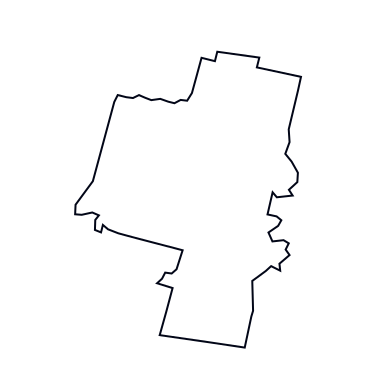 Coronel Pilar, Rio Grande do Sul, Brazil (Mercator projection), rotated 284°
{"feature_id": "56859067B30829214865889", "entity_name": "Coronel Pilar", "entity_type": "district", "adm_level": 2, "iso_a3": "BRA", "parent_name": "Brazil", "parent_adm1": "Rio Grande do Sul", "projection": "mercator", "projection_center": [-51.722, -29.258], "detail": "fine", "context": "isolated", "style": "outline", "palette": "ink", "viewbox_px": 384, "rotation_deg": 284, "n_neighbors": 0, "source": "geoboundaries", "source_scale": "gbopen_adm2", "svg_char_len": 1040}
<svg xmlns="http://www.w3.org/2000/svg" viewBox="0 0 384 384"><g transform="rotate(284 192 192)"><path d="M330.1,269.9L328.6,224.8L338.7,224.8L334.2,182.6L324.5,182.6L324.5,168.8L305.4,168.4L288.0,168.0L279.4,165.2L278.6,158.7L273.9,153.5L273.9,147.1L274.7,138.7L271.3,130.3L272.1,123.8L273.2,117.1L268.9,112.0L268.1,105.3L268.1,96.5L260.6,94.8L178.5,93.2L151.5,82.1L142.1,84.0L143.2,90.5L148.0,100.2L146.8,107.3L141.5,104.9L131.7,107.0L130.8,113.5L138.5,113.5L135.5,119.5L134.1,130.5L133.8,144.7L133.2,197.0L113.3,195.7L108.0,192.0L107.3,185.5L100.6,183.9L95.0,180.2L94.1,196.4L69.7,196.0L45.3,195.3L50.3,244.6L53.8,280.8L85.6,279.7L91.5,280.0L105.9,276.0L120.3,272.0L133.2,282.7L139.2,286.7L137.0,296.6L143.6,294.2L154.4,301.9L158.8,296.8L165.6,298.3L167.4,292.5L163.5,282.0L171.2,276.0L180.0,283.8L186.2,285.5L188.8,280.0L188.5,270.7L211.2,270.3L207.4,275.6L212.9,290.5L217.6,285.5L227.1,291.8L236.3,290.1L245.6,281.3L251.6,273.3L264.0,274.6L276.2,270.7L316.0,270.3L330.1,269.9Z" fill="none" stroke="#020617" stroke-width="2"/></g></svg>